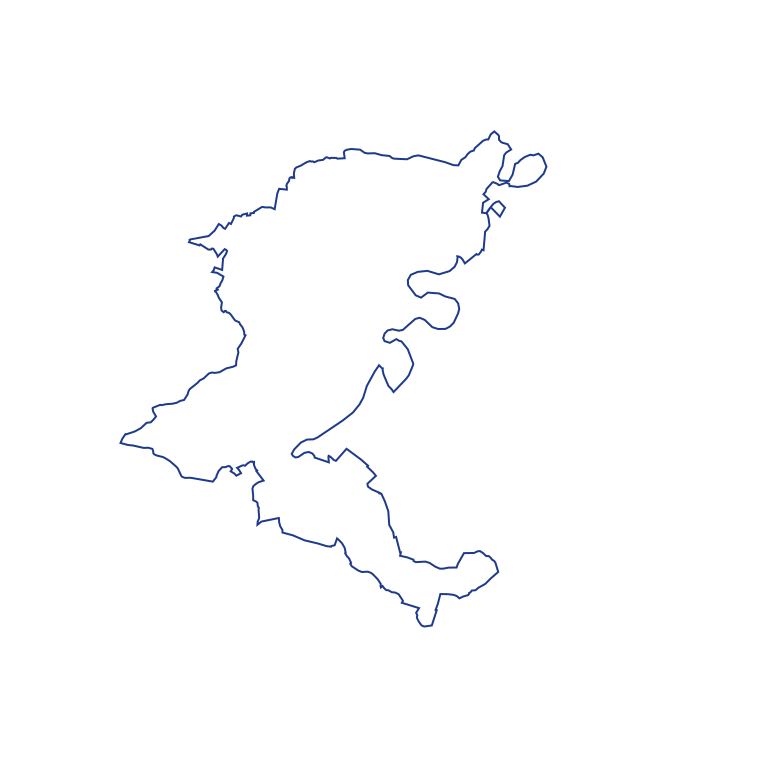 outline of Ocna Mures, Alba, Romania, rotated 148°
{"feature_id": "2599482B18831456175320", "entity_name": "Ocna Mures", "entity_type": "district", "adm_level": 2, "iso_a3": "ROU", "parent_name": "Romania", "parent_adm1": "Alba", "projection": "equal_earth", "projection_center": [23.85, 46.393], "detail": "fine", "context": "isolated", "style": "outline", "palette": "blue", "viewbox_px": 768, "rotation_deg": 148, "n_neighbors": 0, "source": "geoboundaries", "source_scale": "gbopen_adm2", "svg_char_len": 6166}
<svg xmlns="http://www.w3.org/2000/svg" viewBox="0 0 768 768"><g transform="rotate(148 384 384)"><path d="M393.5,598.8L403.1,598.9L403.7,598.0L406.8,599.5L408.0,597.9L411.0,599.4L409.8,601.2L414.6,602.7L416.4,601.8L419.8,605.3L420.6,605.5L422.6,605.5L423.4,604.3L429.0,600.8L430.1,602.7L436.5,599.8L437.4,601.2L438.0,604.7L439.3,607.2L446.4,603.8L454.3,602.4L471.5,609.2L472.4,609.3L473.1,608.2L474.2,607.6L467.0,599.3L465.8,599.8L461.7,591.1L459.6,589.7L458.2,590.1L457.0,589.1L457.0,582.3L457.5,580.1L447.7,582.8L446.8,581.5L446.6,579.9L449.1,578.0L454.0,575.7L460.8,566.5L465.8,572.6L468.2,570.7L470.4,570.0L466.6,566.7L463.2,560.2L466.2,557.6L469.1,556.1L471.7,554.1L475.2,553.8L475.0,552.1L477.9,552.6L478.2,551.9L477.7,551.0L477.8,547.8L478.4,544.4L478.2,539.1L481.7,535.1L482.8,532.4L481.9,529.8L480.2,530.3L479.4,529.8L479.4,528.2L477.7,526.4L477.1,524.0L476.7,517.5L476.3,516.3L474.1,513.1L474.4,510.8L474.0,507.4L474.3,505.1L475.0,502.2L476.3,499.9L475.6,498.7L483.4,494.0L489.5,491.3L490.7,488.0L497.2,481.6L499.6,478.2L503.2,478.7L509.3,480.8L517.4,481.2L522.0,483.3L523.9,485.0L527.0,485.7L534.0,484.3L538.2,484.7L541.4,483.8L551.6,482.6L553.7,481.4L556.1,479.2L562.1,476.4L565.8,477.7L569.6,477.9L573.9,479.4L579.4,482.3L584.0,484.0L584.8,484.9L592.6,486.3L593.1,486.1L594.4,482.9L594.5,477.3L598.2,476.0L602.1,475.1L605.9,476.9L613.7,475.4L620.5,475.8L629.5,478.0L629.8,478.5L635.0,476.2L638.7,473.6L633.5,468.0L629.4,464.8L621.6,457.1L617.6,454.8L614.8,451.7L615.5,448.9L616.2,447.9L616.3,446.4L614.7,443.9L609.9,438.9L607.6,434.6L606.3,431.6L604.1,424.4L603.6,421.6L604.6,413.9L604.4,412.3L602.6,409.9L597.6,406.9L580.9,391.9L575.6,393.8L574.6,395.0L570.4,397.8L565.4,399.2L562.7,397.6L559.7,397.0L558.4,396.0L557.8,392.8L558.0,392.3L560.3,391.2L558.5,387.7L557.8,384.5L552.5,384.1L552.5,388.3L553.0,390.7L547.8,390.1L546.2,389.5L545.1,388.3L541.7,389.0L538.4,388.9L536.6,387.9L536.5,386.7L535.6,386.6L537.2,384.2L537.9,380.0L537.4,377.9L538.4,377.8L537.3,365.9L542.5,367.2L546.1,367.1L549.0,366.6L551.0,365.0L554.2,358.5L556.5,354.8L554.6,351.8L554.3,350.2L555.5,347.9L555.9,346.7L555.7,345.5L557.2,343.5L560.4,337.3L561.5,336.0L564.0,334.3L565.9,331.7L560.9,332.3L544.2,326.1L546.2,322.2L547.4,318.4L547.5,314.0L548.8,311.8L541.5,304.0L534.2,293.5L524.5,283.7L518.6,276.9L515.1,274.1L514.6,274.5L511.3,273.4L505.9,277.7L505.9,277.1L505.3,277.1L504.0,271.1L504.1,267.5L504.3,265.4L505.9,261.3L506.6,261.1L506.7,257.4L506.2,255.5L506.2,253.6L506.7,249.7L507.9,249.4L507.9,246.5L504.7,239.5L502.4,236.3L497.2,233.4L495.1,230.7L494.1,227.9L492.8,221.6L492.7,216.1L494.1,214.4L494.4,213.1L492.3,213.5L492.0,210.4L491.3,208.0L489.7,206.9L487.7,203.3L485.0,201.2L483.0,198.1L482.8,190.1L484.8,189.0L473.1,175.4L478.0,172.9L478.3,170.3L480.0,168.4L480.4,164.2L480.2,160.3L479.9,159.1L478.4,157.0L471.4,153.9L459.2,164.2L460.0,165.0L455.0,168.9L447.5,176.0L440.9,171.7L436.6,168.2L434.6,165.5L433.7,162.3L429.3,161.8L424.6,160.4L423.3,160.8L422.8,161.6L421.2,161.5L419.0,162.3L415.6,160.6L412.0,161.2L404.1,160.8L396.7,162.5L386.7,164.1L384.2,173.5L384.3,175.4L385.5,178.0L385.6,179.9L386.3,182.5L388.5,183.9L389.5,187.8L391.1,191.4L393.2,192.5L397.2,193.0L405.8,198.2L416.7,192.3L419.7,189.9L426.6,194.1L431.8,196.1L434.4,197.7L437.2,201.7L440.2,208.2L443.1,211.5L451.3,216.0L452.7,218.1L452.1,219.4L456.3,224.8L461.4,229.8L458.9,232.3L459.6,232.7L454.8,247.9L456.9,248.4L454.8,253.2L454.2,261.8L447.8,273.8L445.5,283.7L444.4,292.3L445.8,293.6L445.3,293.9L450.1,300.9L451.9,305.2L451.8,306.1L450.9,308.2L439.5,310.4L440.1,314.9L442.1,322.8L440.8,323.1L443.6,332.3L450.1,348.9L465.5,344.3L466.8,346.1L468.0,350.7L469.0,352.4L469.7,351.8L472.3,346.8L481.8,358.4L481.2,359.6L481.5,362.9L483.8,366.2L488.0,367.8L495.1,367.5L497.9,368.5L499.3,371.2L499.3,373.6L494.9,376.1L485.5,378.4L478.8,377.7L473.0,374.4L468.3,373.9L438.5,374.9L425.4,376.3L415.5,379.7L408.9,383.4L399.5,391.5L385.2,399.5L378.3,402.5L377.2,397.8L376.9,397.7L377.7,396.7L379.3,392.4L381.3,380.0L380.3,375.6L380.2,372.1L362.4,376.7L358.4,378.2L349.4,384.6L348.4,385.8L345.4,400.9L346.6,410.8L348.4,412.8L349.7,415.5L357.2,415.8L360.8,420.1L360.3,423.4L356.8,426.4L352.5,427.5L347.9,426.0L343.1,421.3L339.4,419.9L323.0,422.6L318.7,421.3L315.5,416.8L312.9,406.6L308.9,401.9L302.5,398.1L297.5,397.8L292.4,399.0L283.8,404.6L280.4,407.8L278.4,413.2L279.0,418.7L285.6,425.7L289.3,431.6L298.4,438.3L306.8,437.6L310.1,442.4L311.2,454.9L308.7,459.5L303.4,462.4L296.0,461.2L287.3,457.0L279.3,447.9L268.6,445.0L261.9,446.0L257.5,448.7L254.4,452.5L254.2,453.4L253.1,452.6L251.8,450.4L251.4,447.7L251.5,443.4L236.8,445.2L236.6,444.5L235.1,443.6L231.7,444.8L229.8,446.1L228.7,444.7L217.5,459.6L214.3,460.4L210.7,462.2L207.6,469.0L206.5,472.7L206.6,474.3L205.8,474.8L199.8,477.3L197.0,464.5L188.0,469.4L189.7,478.1L192.5,478.9L195.8,478.8L202.0,476.7L206.8,474.7L210.1,477.4L203.9,485.2L197.2,485.2L199.1,492.2L195.9,493.1L193.8,495.0L185.2,497.5L184.4,497.3L181.7,493.5L181.4,492.1L180.9,491.6L173.5,489.9L171.8,487.3L172.7,485.2L171.3,484.5L166.3,480.3L157.3,476.2L147.7,475.0L137.0,477.8L131.1,482.2L129.3,492.1L131.0,497.5L136.1,498.7L138.5,500.9L144.3,501.9L149.6,501.6L153.2,500.6L156.1,501.2L164.0,493.4L170.5,489.9L177.6,495.1L177.6,499.4L173.1,503.1L168.0,506.0L160.9,514.3L157.8,515.5L151.9,515.5L152.0,521.8L155.6,525.7L156.5,527.2L157.0,530.2L155.2,533.1L155.0,534.3L156.6,539.7L161.1,539.2L166.0,536.1L167.5,537.1L170.9,537.8L182.0,535.9L184.0,534.4L187.5,535.3L191.2,534.7L194.8,533.2L199.6,533.1L205.1,530.0L209.1,532.8L214.6,539.7L233.6,559.6L238.2,561.5L245.4,562.4L255.8,569.6L257.2,571.0L258.5,574.5L264.6,579.2L269.5,584.6L275.7,588.2L277.9,590.3L280.1,595.4L287.3,600.7L291.5,602.4L293.8,602.6L295.2,601.8L297.7,596.3L304.1,599.8L304.7,601.0L309.3,604.0L310.3,603.9L312.4,606.6L313.1,606.9L317.0,606.4L321.4,608.4L325.6,609.0L326.4,610.5L327.9,611.2L328.6,612.3L332.1,613.1L338.9,613.3L343.5,614.1L345.6,613.7L348.9,610.3L350.9,606.4L351.7,607.2L352.6,607.4L352.4,608.3L354.1,608.8L355.2,608.5L357.0,606.5L360.2,605.2L361.8,603.8L362.0,602.6L363.4,600.3L369.5,605.1L373.5,602.1L384.1,590.2L386.5,593.8L391.3,596.8L393.5,598.8Z" fill="none" stroke="#1e3a8a" stroke-width="2"/></g></svg>